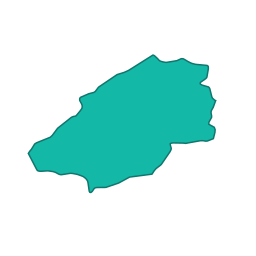 the border of Gafsa, rotated 151°
{"feature_id": "TUN-112", "entity_name": "Gafsa", "entity_type": "Governorate", "adm_level": 1, "iso_a3": "TUN", "parent_name": "Tunisia", "parent_adm1": "", "projection": "albers", "projection_center": [8.747, 34.421], "detail": "fine", "context": "isolated", "style": "filled", "palette": "teal", "viewbox_px": 256, "rotation_deg": 151, "n_neighbors": 0, "source": "natural_earth", "source_scale": "10m", "svg_char_len": 1916}
<svg xmlns="http://www.w3.org/2000/svg" viewBox="0 0 256 256"><g transform="rotate(151 128 128)"><path d="M38.0,109.5L43.4,104.8L46.5,102.9L47.5,101.9L48.1,100.8L49.0,98.0L49.8,96.7L54.5,93.8L55.5,92.1L52.2,86.8L52.6,84.3L54.1,82.0L58.3,77.5L58.5,77.3L60.1,77.5L64.8,78.1L66.7,79.0L68.3,80.4L70.9,81.8L85.0,86.6L86.8,87.9L95.8,93.1L97.6,93.8L98.7,93.8L99.2,92.7L99.9,89.8L100.1,89.2L100.4,88.7L101.5,87.7L102.9,86.8L116.1,80.2L117.3,79.8L123.1,78.9L125.6,78.0L129.4,76.0L150.4,84.3L162.8,84.4L176.2,86.8L184.2,91.1L185.2,91.4L186.0,91.6L186.6,91.5L187.7,91.1L189.5,90.1L190.4,89.8L191.6,89.6L192.2,89.9L192.6,90.4L192.6,91.0L192.5,91.7L189.5,99.6L189.2,100.8L189.1,101.4L189.1,102.1L189.2,102.9L189.4,104.2L190.2,106.2L190.7,107.2L192.2,109.1L194.9,112.1L198.4,115.0L199.7,115.9L200.6,116.4L208.8,119.4L209.9,120.1L211.0,121.3L212.9,124.3L213.7,125.2L214.8,126.3L218.2,128.9L219.1,129.5L225.2,132.4L226.7,133.4L227.6,134.3L227.8,134.9L228.0,135.5L227.5,154.1L225.2,155.3L222.8,156.2L217.5,159.2L216.5,159.3L215.1,159.4L200.4,157.6L197.7,158.3L189.7,161.9L172.3,164.8L170.3,164.6L168.0,163.8L166.8,164.1L161.7,166.1L158.8,167.5L158.3,168.1L157.8,168.7L157.5,169.3L157.2,169.9L157.1,170.4L156.9,171.6L156.9,175.0L156.8,175.6L156.5,176.3L156.1,176.9L155.7,177.4L155.2,177.6L154.8,177.8L154.0,177.8L145.8,177.0L140.7,175.7L139.8,175.7L138.7,175.9L134.0,178.0L111.6,180.0L104.5,178.5L99.6,178.1L70.9,179.7L70.3,179.2L69.7,178.1L68.5,174.4L68.0,172.2L67.7,171.5L67.1,170.6L65.4,168.9L63.2,167.1L62.4,166.7L52.6,163.2L47.8,162.8L47.2,162.5L46.6,162.1L46.0,161.6L45.0,160.0L43.4,157.2L41.5,154.4L40.4,153.1L38.0,150.9L28.5,144.4L28.1,143.8L28.0,142.9L28.8,141.2L29.6,140.1L34.2,134.4L34.8,133.9L35.4,133.7L36.0,133.5L42.3,132.8L42.9,132.5L43.3,132.0L43.4,131.3L42.7,130.1L42.2,129.4L37.7,124.9L37.4,123.9L37.4,122.7L39.6,114.5L39.6,113.0L38.6,110.1L38.0,109.5Z" fill="#14b8a6" stroke="#0f766e" stroke-width="1.5"/></g></svg>